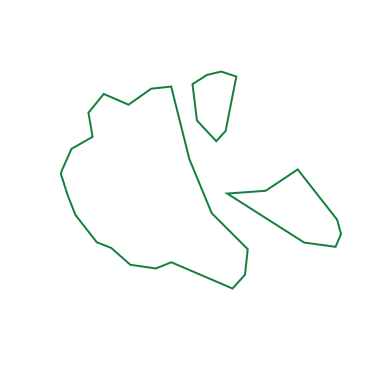 Hong Kong S.A.R., Mercator projection, rotated 232°
{"feature_id": "HKG", "entity_name": "Hong Kong S.A.R.", "entity_type": "country or territory", "adm_level": 0, "iso_a3": "HKG", "parent_name": "Asia", "parent_adm1": "", "projection": "mercator", "projection_center": [114.112, 22.38], "detail": "fine", "context": "isolated", "style": "outline", "palette": "green", "viewbox_px": 384, "rotation_deg": 232, "n_neighbors": 0, "source": "natural_earth", "source_scale": "50m", "svg_char_len": 624}
<svg xmlns="http://www.w3.org/2000/svg" viewBox="0 0 384 384"><g transform="rotate(232 192 192)"><path d="M154.0,116.4L155.5,115.0L172.6,98.6L197.7,93.9L211.0,86.0L245.6,86.0L266.8,92.3L286.9,99.8L288.8,102.2L300.2,123.6L296.7,147.6L318.2,159.2L323.6,182.8L299.9,195.7L298.5,223.5L287.9,240.5L219.6,210.2L163.2,194.5L112.6,200.7L94.2,182.9L91.0,164.5L149.4,132.4L154.0,116.4ZM144.7,289.2L80.8,289.3L67.1,283.5L60.4,271.4L83.0,249.3L169.1,218.8L147.6,250.8L144.7,289.2ZM268.9,289.2L255.7,298.0L219.4,256.1L217.1,242.4L245.2,239.9L276.7,258.8L275.0,276.0L268.9,289.2Z" fill="none" stroke="#15803d" stroke-width="2"/></g></svg>